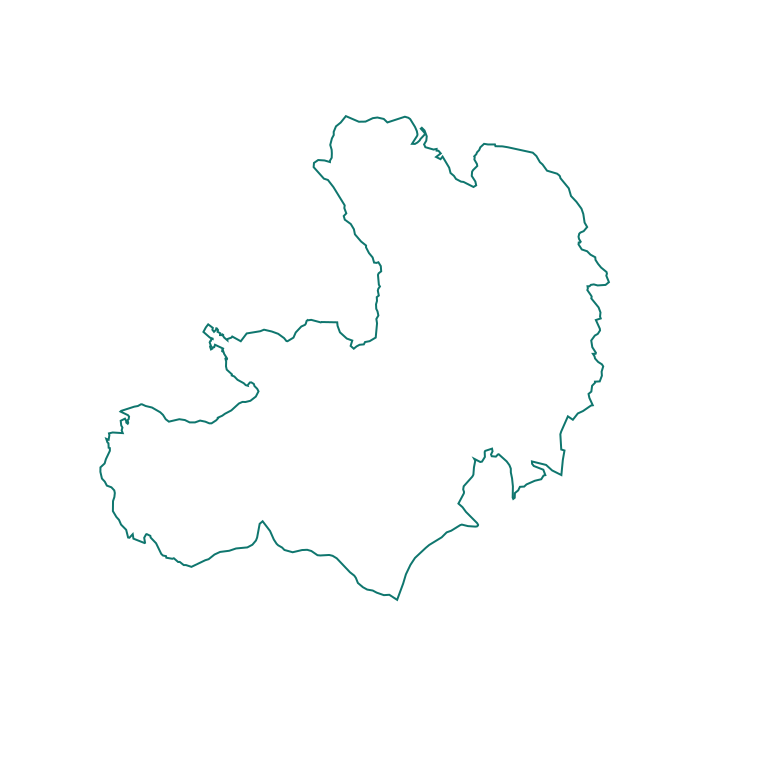 outline of Recea-Cristur, Cluj, Romania, rotated 216°
{"feature_id": "2599482B27327294293574", "entity_name": "Recea-Cristur", "entity_type": "district", "adm_level": 2, "iso_a3": "ROU", "parent_name": "Romania", "parent_adm1": "Cluj", "projection": "natural_earth1", "projection_center": [23.552, 47.116], "detail": "fine", "context": "isolated", "style": "outline", "palette": "teal", "viewbox_px": 768, "rotation_deg": 216, "n_neighbors": 0, "source": "geoboundaries", "source_scale": "gbopen_adm2", "svg_char_len": 6166}
<svg xmlns="http://www.w3.org/2000/svg" viewBox="0 0 768 768"><g transform="rotate(216 384 384)"><path d="M568.4,518.1L553.3,514.8L549.3,516.1L540.7,513.6L520.8,505.4L519.5,503.0L514.8,499.9L515.3,496.2L512.3,493.9L504.9,493.9L499.3,491.5L495.5,488.0L486.3,485.8L479.9,485.5L478.9,484.0L473.1,481.1L467.6,479.7L463.4,476.4L461.2,477.6L460.1,479.2L455.9,477.5L452.5,473.5L453.4,470.4L453.0,468.7L446.5,461.3L444.6,460.5L444.6,457.8L443.9,455.9L440.2,452.5L440.9,450.0L438.5,447.1L437.3,443.8L434.5,440.3L431.9,438.9L428.8,436.1L428.4,432.1L425.3,429.0L418.0,416.7L420.8,410.2L424.0,406.8L423.6,404.2L426.8,401.4L428.3,398.3L429.2,394.8L433.4,395.2L435.2,400.5L440.8,398.9L450.0,399.9L455.8,403.8L458.1,406.4L471.0,397.4L471.3,396.7L480.6,393.1L483.1,390.7L483.1,391.7L483.7,389.6L482.7,386.8L482.7,385.4L484.7,381.9L485.7,373.8L484.5,368.3L487.2,361.9L488.2,361.4L491.8,362.4L499.1,362.4L505.7,360.5L513.0,357.4L515.1,354.0L524.8,344.2L525.0,334.4L534.7,333.2L534.7,331.9L537.2,328.2L536.4,327.3L540.5,327.6L542.4,328.3L543.0,329.2L544.0,329.1L543.8,328.3L545.4,327.2L546.4,328.8L549.3,328.4L550.0,330.1L551.9,330.7L552.4,330.5L551.8,328.9L552.2,326.3L554.7,327.0L555.5,328.8L561.3,328.9L561.4,325.1L560.7,320.0L552.1,319.2L549.3,320.0L549.0,319.6L550.3,319.0L549.4,317.2L549.8,316.5L549.5,315.2L546.1,312.9L546.8,312.5L546.7,312.0L544.3,310.3L543.6,311.9L544.6,313.5L543.9,313.1L543.0,314.0L543.8,316.4L535.0,318.1L534.8,317.2L533.8,316.4L534.7,316.3L534.2,315.4L532.5,315.5L531.0,314.4L526.0,312.4L525.8,312.0L527.2,311.9L527.3,311.4L524.9,309.4L522.2,305.4L519.7,303.2L512.7,302.4L512.2,301.4L509.5,302.1L505.0,301.3L498.0,302.2L495.2,301.8L493.3,302.5L493.6,302.7L493.4,306.4L492.3,307.3L489.3,307.5L487.6,306.2L483.8,305.6L481.2,304.3L480.3,298.5L482.2,291.9L485.5,288.0L488.0,286.3L489.9,283.0L492.0,272.9L495.2,266.4L496.2,263.3L498.6,259.1L498.1,258.8L498.4,256.0L500.4,250.8L502.2,249.5L506.4,248.5L511.3,246.3L514.3,241.9L518.7,238.7L523.9,237.8L528.9,235.2L535.9,227.1L539.9,227.2L544.6,229.1L548.4,229.6L557.9,228.6L563.9,226.1L567.9,225.3L568.7,224.7L570.2,221.5L572.7,218.9L580.8,207.8L581.0,206.8L572.8,208.3L571.1,207.8L569.9,205.4L570.2,204.0L568.1,202.2L568.0,201.2L569.8,201.3L570.8,202.5L573.2,203.7L575.4,199.5L572.2,196.0L570.0,195.0L569.0,192.3L566.5,190.7L575.0,185.3L577.5,182.4L576.1,181.2L574.0,177.0L576.5,176.4L573.4,174.2L572.1,174.1L569.3,170.6L568.1,171.0L566.5,168.8L564.8,159.7L563.3,155.5L564.4,149.9L561.8,146.2L556.6,141.7L552.5,140.9L548.5,138.9L543.8,140.2L539.7,139.4L537.7,137.6L535.7,134.1L534.4,130.0L528.6,121.8L522.3,119.1L518.5,118.3L514.1,115.7L506.9,114.5L500.8,109.4L499.6,110.0L499.0,114.8L495.8,111.6L484.2,114.6L484.0,115.1L487.6,118.6L488.1,122.5L487.7,123.1L483.8,123.8L482.5,122.6L474.8,121.2L464.3,115.6L462.0,115.3L459.2,116.6L458.0,115.5L452.5,118.2L451.6,119.5L445.9,119.0L444.7,120.0L439.6,119.8L437.8,121.1L432.3,122.9L425.0,136.4L422.9,139.2L420.9,146.4L417.9,151.8L411.2,158.1L407.0,164.0L398.5,171.5L396.0,176.6L395.6,182.1L396.4,185.2L402.4,197.8L401.5,201.6L389.8,198.1L381.7,193.4L377.0,191.6L374.8,191.3L370.3,191.8L367.0,191.2L359.0,194.2L352.7,201.5L348.7,204.7L344.6,206.2L337.2,206.4L334.8,207.8L327.8,213.5L324.6,214.8L319.8,215.2L300.9,211.7L295.4,211.5L292.8,210.6L288.2,207.7L281.7,207.2L276.8,207.8L271.7,210.3L267.3,210.9L260.0,213.1L255.8,216.6L246.5,217.1L251.2,233.8L254.4,242.9L256.3,253.2L256.7,261.5L253.9,276.0L252.8,280.4L247.2,293.9L246.1,300.8L243.4,304.8L239.4,314.6L238.4,316.0L232.5,318.4L226.3,322.3L225.1,323.4L224.8,324.8L225.1,325.4L226.9,326.2L242.5,328.7L248.1,330.5L253.5,331.0L255.1,342.4L255.8,343.7L258.0,345.3L259.4,348.1L258.1,361.1L258.4,363.2L262.2,369.4L265.1,375.6L267.1,376.5L260.3,377.5L259.1,378.8L259.5,384.3L262.6,388.2L262.8,389.4L258.6,395.2L256.6,393.3L256.0,389.9L254.4,388.9L250.8,391.0L250.4,394.0L249.9,394.6L239.3,393.5L234.9,392.1L231.7,390.1L229.4,387.0L224.9,382.9L219.5,376.9L213.1,367.7L211.9,367.0L211.4,368.8L214.0,372.7L212.9,376.8L213.6,380.7L210.3,383.4L209.7,386.5L205.1,394.4L200.8,399.4L201.1,403.7L199.9,405.1L204.7,408.3L214.7,405.7L217.3,406.5L218.8,408.3L205.3,413.8L197.2,412.9L187.0,414.6L194.7,427.7L198.9,436.3L202.1,435.2L211.8,447.0L212.7,449.7L216.2,465.9L210.2,466.1L209.9,474.1L207.1,479.1L203.9,488.2L202.6,489.5L209.7,493.5L212.7,496.2L211.8,499.7L214.6,504.9L214.0,509.1L214.7,509.9L211.0,512.9L212.6,518.8L215.2,521.9L217.0,527.1L219.3,528.0L223.7,527.7L228.3,528.7L229.9,530.1L232.7,531.2L230.6,532.8L230.9,533.8L237.1,536.2L241.9,541.0L241.9,547.1L240.5,550.2L240.7,554.3L241.9,555.6L250.2,560.3L247.2,564.4L248.9,565.6L250.9,569.1L255.4,572.1L266.6,575.1L267.3,576.7L268.2,577.2L274.7,579.5L275.3,581.2L276.8,582.7L275.2,583.8L274.9,585.8L272.8,587.9L269.1,589.3L263.0,594.4L261.9,598.6L267.8,602.3L268.5,604.3L269.8,605.4L276.8,605.8L281.4,607.0L285.8,608.7L287.6,610.7L293.0,610.0L297.7,610.8L303.1,609.1L308.7,611.3L309.6,612.9L308.6,613.6L308.5,614.7L311.5,616.0L313.2,617.5L314.4,620.4L314.1,622.0L312.3,625.0L311.9,630.4L316.6,632.5L322.7,638.7L327.3,641.9L335.4,644.5L343.2,646.0L349.5,650.9L362.2,654.2L363.8,655.5L365.1,655.8L367.6,655.9L377.5,652.4L384.8,654.8L388.2,655.1L394.7,658.0L399.6,658.6L423.0,648.3L427.8,645.9L433.6,641.9L435.1,643.0L440.5,639.0L444.2,637.1L445.2,632.1L444.5,629.2L444.9,626.1L444.4,624.1L444.8,621.2L444.0,620.9L442.8,618.7L438.1,616.6L436.7,615.2L437.7,609.3L437.5,607.5L435.3,603.9L429.1,601.5L426.2,598.9L427.4,596.0L438.5,594.2L440.6,593.0L446.3,592.2L449.8,593.5L454.2,593.8L458.4,597.3L470.3,602.4L470.4,599.1L475.3,598.3L473.6,603.9L477.0,604.7L478.6,603.7L479.6,605.1L481.7,602.8L489.7,599.9L492.4,601.4L492.8,605.7L495.0,609.5L500.2,612.9L504.0,613.5L504.3,612.2L498.5,611.0L498.0,610.5L497.8,609.3L498.5,603.5L498.3,602.0L498.9,599.0L500.1,596.4L502.5,594.8L503.1,604.5L503.7,605.7L506.1,607.9L510.0,610.2L518.5,613.7L520.8,613.7L524.2,612.5L535.0,597.6L540.0,598.3L546.0,595.7L549.3,592.5L553.2,585.4L558.5,581.4L572.3,578.3L572.7,570.1L574.3,564.2L572.9,558.4L571.0,555.9L570.5,552.1L568.0,545.8L564.0,542.7L561.8,540.0L559.3,536.3L559.0,533.0L558.2,531.8L563.5,529.9L568.9,526.5L570.6,521.7L568.4,518.1Z" fill="none" stroke="#0f766e" stroke-width="2"/></g></svg>